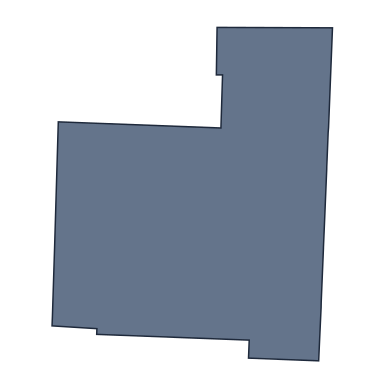 outline of Polk, Arkansas, United States of America, rotated 181°
{"feature_id": "52423323B90433618963574", "entity_name": "Polk", "entity_type": "district", "adm_level": 2, "iso_a3": "USA", "parent_name": "United States of America", "parent_adm1": "Arkansas", "projection": "mercator", "projection_center": [-94.282, 34.459], "detail": "fine", "context": "isolated", "style": "filled", "palette": "slate", "viewbox_px": 384, "rotation_deg": 181, "n_neighbors": 0, "source": "geoboundaries", "source_scale": "gbopen_adm2", "svg_char_len": 459}
<svg xmlns="http://www.w3.org/2000/svg" viewBox="0 0 384 384"><g transform="rotate(181 192 192)"><path d="M329.4,64.7L329.6,55.7L284.7,53.7L284.8,48.0L132.2,44.9L132.6,26.9L62.4,25.4L61.8,47.4L60.9,78.7L60.9,83.7L59.6,137.6L59.6,139.2L59.0,162.6L57.7,216.9L57.7,220.0L57.5,227.3L56.9,253.9L56.6,258.6L54.4,358.6L169.8,357.0L169.7,309.5L163.5,309.6L164.2,256.5L326.9,259.8L328.4,135.7L329.4,64.7Z" fill="#64748b" stroke="#1e293b" stroke-width="1.5"/></g></svg>